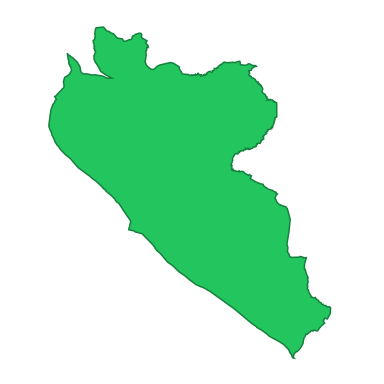 Kaeng Khro, Chaiyaphum, Thailand, rotated 95°
{"feature_id": "78962969B55308089725045", "entity_name": "Kaeng Khro", "entity_type": "district", "adm_level": 2, "iso_a3": "THA", "parent_name": "Thailand", "parent_adm1": "Chaiyaphum", "projection": "natural_earth1", "projection_center": [102.171, 16.134], "detail": "fine", "context": "isolated", "style": "filled", "palette": "green", "viewbox_px": 384, "rotation_deg": 95, "n_neighbors": 0, "source": "geoboundaries", "source_scale": "gbopen_adm2", "svg_char_len": 5852}
<svg xmlns="http://www.w3.org/2000/svg" viewBox="0 0 384 384"><g transform="rotate(95 192 192)"><path d="M295.3,43.9L294.2,45.1L294.7,46.0L294.2,48.4L293.6,48.6L293.3,51.1L292.4,51.7L292.7,52.3L292.6,53.0L291.1,53.7L290.4,56.0L289.1,56.4L288.3,58.2L286.3,60.2L287.1,61.3L286.4,62.6L286.5,64.2L285.2,64.3L282.3,66.5L279.3,67.6L278.6,68.7L275.8,68.4L274.7,69.0L271.6,68.5L267.9,69.3L267.4,68.8L263.9,70.8L260.0,72.2L260.0,72.6L258.8,72.8L258.5,73.4L253.6,73.6L247.5,72.4L248.0,75.2L247.3,75.6L246.8,78.8L247.9,80.2L247.7,80.9L248.4,86.5L248.1,88.9L245.4,89.9L243.4,91.7L239.2,91.6L235.5,92.9L222.3,91.9L210.5,91.8L200.3,95.6L198.4,97.6L197.9,100.4L196.4,104.8L194.3,106.9L192.8,107.4L191.1,108.7L188.0,108.0L186.6,106.7L185.9,108.1L185.0,108.1L184.3,110.6L183.4,111.8L182.5,116.3L179.8,120.9L178.2,121.8L177.8,124.6L176.3,129.5L173.6,135.2L170.7,134.2L169.6,136.5L170.4,137.1L170.3,137.6L168.6,141.3L167.1,142.7L167.2,144.7L167.5,145.8L167.9,146.1L167.8,146.6L167.2,146.8L167.6,147.1L167.1,147.6L167.6,148.8L167.4,149.3L167.4,150.7L167.0,151.0L167.4,152.2L167.0,152.4L167.0,153.2L166.2,152.6L165.7,153.0L166.2,154.5L163.9,154.3L162.3,155.3L161.9,154.6L161.4,155.5L157.1,154.2L154.6,154.6L151.3,152.8L150.8,152.8L150.0,151.7L150.1,150.0L149.7,150.2L148.5,148.3L148.1,148.7L147.6,148.4L147.1,146.9L146.6,146.7L146.5,144.3L145.6,144.2L145.3,142.7L144.6,142.1L144.0,142.3L144.6,141.4L144.0,140.6L144.4,139.9L143.7,139.9L143.9,138.6L144.5,138.7L144.4,137.8L143.7,137.5L143.5,136.2L142.8,135.3L141.8,134.8L141.5,134.0L141.8,133.4L140.8,131.9L139.7,132.1L139.0,131.3L138.5,131.7L137.9,131.2L137.5,128.3L136.2,127.7L134.7,127.8L134.9,127.4L134.1,127.1L134.2,126.7L133.5,126.2L133.1,125.2L131.7,125.4L131.3,126.2L131.0,125.9L130.3,126.1L129.9,125.9L129.8,125.2L128.8,124.8L127.3,122.8L126.4,123.5L124.9,121.9L123.9,122.1L124.1,121.8L123.4,121.6L123.5,121.3L122.7,120.5L122.2,118.9L122.0,119.2L120.6,118.3L121.2,118.0L120.9,117.4L119.8,117.3L119.7,117.6L116.0,116.2L115.4,116.5L114.2,116.0L113.7,116.2L112.8,115.6L110.6,115.7L110.3,114.6L109.6,114.1L95.8,115.4L95.2,116.4L95.4,117.4L95.0,117.6L95.2,118.0L94.7,118.1L94.7,118.6L93.9,119.0L93.9,119.6L93.3,120.0L93.5,120.5L92.9,122.1L93.9,123.4L93.7,124.0L93.3,123.8L93.1,124.0L93.8,125.1L92.8,124.7L91.9,125.9L90.8,125.6L90.8,126.3L88.6,127.5L86.8,130.6L85.1,130.8L83.1,130.5L81.4,131.4L80.3,132.7L79.7,132.5L79.1,133.3L79.4,133.6L78.5,134.4L78.7,134.8L78.0,134.8L78.1,135.6L76.8,135.6L77.1,136.4L76.4,136.9L76.3,137.5L74.3,138.9L73.3,140.7L73.0,142.7L71.8,143.0L71.4,144.3L71.0,144.4L70.9,145.1L70.2,145.8L68.6,144.8L66.6,146.2L66.1,145.7L66.2,145.0L65.3,143.4L64.2,143.3L63.4,142.8L61.7,140.5L61.2,138.8L60.6,139.5L60.6,142.9L59.3,146.0L59.4,147.0L60.8,148.8L61.1,150.0L61.0,154.4L60.5,155.1L59.5,155.1L57.7,155.6L57.6,156.3L58.7,159.2L59.3,159.8L59.2,160.9L59.5,161.4L59.1,162.8L59.6,164.0L59.7,166.2L60.2,167.2L59.8,170.8L60.3,171.4L60.2,172.0L61.9,173.2L62.5,174.6L62.8,174.5L63.8,176.1L66.5,177.8L66.3,178.3L67.0,178.7L66.9,180.5L68.5,180.6L68.9,180.8L69.3,182.0L69.6,181.7L70.8,182.3L70.9,183.7L70.3,184.3L70.4,185.4L71.6,187.0L72.1,187.2L72.4,187.9L73.2,188.2L73.6,187.8L73.9,188.9L74.8,189.3L74.7,190.3L74.1,190.4L75.3,191.6L75.0,192.4L75.6,193.1L74.4,193.0L74.6,195.5L73.4,195.8L73.2,196.2L73.5,196.7L74.4,196.6L74.8,197.8L74.7,198.4L75.5,198.6L75.4,199.4L74.7,199.3L75.4,200.3L75.3,201.5L76.1,202.0L75.4,202.8L76.1,204.3L75.3,205.6L75.3,212.0L73.6,212.9L70.8,215.2L68.9,215.4L68.2,216.0L65.3,221.9L64.9,224.9L68.3,235.2L70.0,237.9L72.8,240.2L73.3,241.5L73.4,242.9L72.5,244.8L71.0,247.0L69.6,248.4L66.7,250.0L59.5,249.6L56.1,250.3L54.7,249.5L53.5,249.8L52.6,249.6L52.1,248.6L51.7,249.5L51.3,249.3L51.2,248.4L50.6,248.3L49.2,249.2L48.1,250.9L47.4,251.3L46.3,250.3L45.3,250.0L43.3,254.4L42.6,255.4L41.8,256.0L39.8,255.7L38.4,256.7L38.4,258.5L39.9,262.1L41.3,263.5L41.9,264.9L44.4,265.3L45.3,265.8L45.9,268.1L47.2,270.5L47.9,272.5L47.6,273.1L45.5,274.8L45.2,279.4L44.0,281.4L42.8,282.2L41.2,284.1L40.5,286.9L39.1,288.8L39.4,290.3L35.4,294.6L36.7,301.7L37.8,302.3L42.8,302.7L44.9,302.1L48.6,302.4L49.1,302.7L49.5,303.6L51.5,303.4L53.7,302.2L55.3,302.4L55.9,301.7L57.5,302.2L58.5,301.3L59.2,301.5L60.8,300.2L64.9,301.6L68.5,301.0L70.7,299.9L73.8,297.3L79.9,293.3L83.0,287.8L85.5,281.7L86.0,285.5L85.7,287.3L84.4,290.9L83.8,297.0L83.7,298.9L84.2,301.7L83.6,305.5L83.5,308.4L84.0,309.6L83.3,311.3L82.7,312.6L80.5,313.7L77.4,314.3L72.6,317.6L68.5,322.8L67.7,324.7L66.8,325.4L66.3,326.9L64.6,328.5L66.7,327.7L68.3,327.6L69.1,327.1L70.3,327.1L70.9,326.5L72.8,326.0L74.2,326.1L75.6,325.5L76.1,324.6L76.8,324.8L77.4,324.4L78.4,323.4L81.6,322.6L85.5,324.5L87.8,327.0L88.4,328.3L89.8,329.1L93.8,329.7L96.6,328.8L99.1,328.7L100.7,330.3L102.3,331.2L104.0,332.9L108.2,336.0L108.8,337.2L111.4,335.2L112.9,336.3L114.9,336.9L116.9,338.2L123.0,339.8L137.3,340.4L139.4,340.2L141.7,339.2L144.4,337.6L148.1,336.1L149.8,334.9L154.3,332.6L157.0,330.5L158.8,328.4L160.9,327.0L165.8,321.4L169.3,316.1L177.7,307.5L185.8,294.2L187.0,293.0L189.3,288.9L194.6,282.1L196.1,280.9L197.8,278.1L198.9,277.5L201.0,274.2L204.1,270.2L205.8,268.3L208.4,266.4L209.3,264.5L210.5,263.2L217.0,258.2L225.9,250.8L226.7,250.5L235.1,251.8L235.8,246.5L236.8,244.8L237.7,238.4L246.3,228.3L249.0,225.5L253.2,222.2L256.1,218.1L264.0,210.2L267.2,204.6L272.6,198.0L276.6,191.0L279.8,186.6L283.8,180.1L285.6,175.1L285.9,173.4L287.5,169.3L288.7,167.4L288.9,166.3L304.9,139.4L318.0,120.7L319.9,117.0L321.4,115.3L323.6,110.6L327.2,104.6L328.7,102.9L333.9,91.1L336.4,86.7L340.7,81.9L343.5,80.5L345.6,78.5L347.1,78.1L348.5,76.8L348.6,75.8L348.0,76.4L346.8,76.6L344.3,76.2L343.1,75.3L341.0,72.6L338.3,70.6L335.6,69.2L333.0,68.2L328.5,67.9L323.6,65.9L323.8,65.0L319.5,60.6L320.0,59.4L318.7,58.5L319.3,57.3L319.5,54.8L317.0,53.5L314.0,51.4L311.0,48.4L309.5,49.9L306.1,48.9L306.7,46.2L300.9,43.6L295.3,43.9Z" fill="#22c55e" stroke="#15803d" stroke-width="1.5"/></g></svg>